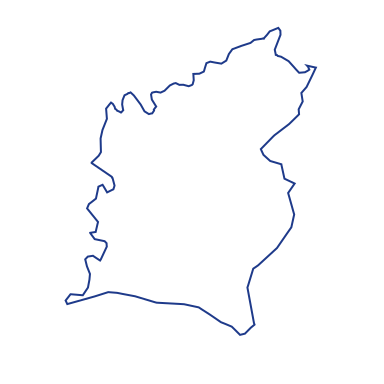 the district of Boinsen, Bong, Liberia, rotated 171°
{"feature_id": "62588387B25170598917016", "entity_name": "Boinsen", "entity_type": "district", "adm_level": 2, "iso_a3": "LBR", "parent_name": "Liberia", "parent_adm1": "Bong", "projection": "natural_earth1", "projection_center": [-9.229, 6.691], "detail": "fine", "context": "isolated", "style": "outline", "palette": "blue", "viewbox_px": 384, "rotation_deg": 171, "n_neighbors": 0, "source": "geoboundaries", "source_scale": "gbopen_adm2", "svg_char_len": 2666}
<svg xmlns="http://www.w3.org/2000/svg" viewBox="0 0 384 384"><g transform="rotate(171 192 192)"><path d="M332.7,100.8L304.4,104.1L290.4,106.2L281.7,104.1L276.3,102.1L264.5,97.9L245.6,88.8L244.2,88.2L221.9,83.4L217.4,82.4L203.4,77.0L200.0,73.9L193.7,68.3L183.8,58.9L179.6,56.4L173.8,52.8L172.6,51.2L166.9,43.4L161.9,43.8L155.1,48.8L151.0,51.2L151.3,53.0L152.2,89.0L151.3,90.7L143.5,106.7L140.9,107.9L138.2,109.2L116.8,123.4L104.9,135.9L99.4,141.6L94.6,153.8L95.3,159.8L96.1,166.7L97.2,176.0L89.3,184.3L98.6,190.7L99.4,204.3L99.4,205.4L109.9,210.4L115.6,217.5L116.8,221.7L117.3,223.6L103.2,234.1L101.6,235.2L85.5,243.9L75.2,251.2L74.1,252.0L73.7,257.0L68.5,264.1L68.5,272.7L62.4,277.8L55.0,288.4L50.2,295.5L50.8,295.7L58.6,298.8L57.8,297.6L57.5,296.4L57.0,294.5L58.9,293.6L61.7,292.6L67.5,293.0L68.3,294.1L69.7,296.2L70.1,296.8L70.3,297.1L71.8,299.5L76.1,306.1L82.9,311.7L86.1,313.0L86.6,313.9L87.8,314.3L87.8,315.5L88.0,319.6L82.8,328.6L80.0,333.4L79.5,337.5L81.1,340.6L87.4,339.1L90.1,338.5L93.3,335.5L96.4,333.0L97.1,332.2L97.7,332.6L98.8,332.4L104.2,332.5L106.9,332.4L110.9,330.1L120.4,328.6L129.8,326.7L134.0,322.5L135.4,320.1L137.6,316.4L142.9,314.2L146.2,315.3L149.2,316.3L153.6,317.9L157.6,317.0L159.9,312.4L161.0,310.0L161.5,309.1L166.2,307.7L168.8,308.0L171.3,308.3L172.2,308.4L172.8,302.1L174.5,298.3L175.4,297.7L178.7,297.0L183.9,299.3L187.7,299.8L191.0,302.1L193.1,302.0L197.2,300.7L203.3,296.3L207.5,295.1L211.7,296.6L214.9,296.5L216.0,296.3L217.2,294.7L217.2,289.6L214.0,282.0L214.8,281.3L216.8,279.4L216.7,278.4L219.0,275.9L220.3,275.9L222.4,275.7L226.3,279.1L229.0,286.4L234.3,296.4L236.0,298.6L237.1,300.0L238.7,299.5L239.4,299.7L240.4,299.0L243.5,298.1L245.2,295.3L246.2,293.6L247.3,289.4L247.2,284.5L247.1,283.6L248.2,282.7L249.2,281.9L249.7,281.6L250.4,282.1L250.6,282.4L253.3,284.1L253.7,285.1L254.9,286.2L255.1,288.3L256.4,291.4L258.0,293.0L259.5,291.7L260.2,291.1L261.9,289.5L263.8,287.8L264.6,277.6L269.8,268.8L270.7,267.3L273.9,259.2L274.8,252.5L275.7,245.7L276.6,244.6L278.5,242.4L281.9,240.0L286.5,236.8L286.6,236.5L286.6,236.3L268.8,219.5L268.8,218.7L268.3,218.3L268.0,215.5L267.5,210.5L267.9,209.6L269.2,207.0L275.9,204.9L278.1,210.5L279.2,213.1L281.5,212.5L283.6,211.9L284.3,209.9L287.9,200.5L292.0,198.2L295.7,196.2L298.2,192.2L289.5,177.1L290.4,175.0L293.4,167.6L294.8,167.6L298.9,167.6L298.9,167.3L295.5,160.7L295.0,160.5L286.0,157.1L284.4,154.8L284.6,152.8L284.7,151.4L292.6,139.7L293.5,138.7L296.5,141.4L299.6,144.3L299.8,144.5L305.0,144.5L308.0,142.2L307.4,135.1L305.6,127.0L307.0,121.5L309.7,113.9L316.0,107.1L327.0,109.8L328.0,110.0L331.2,107.0L333.8,104.6L332.7,100.8Z" fill="none" stroke="#1e3a8a" stroke-width="2"/></g></svg>